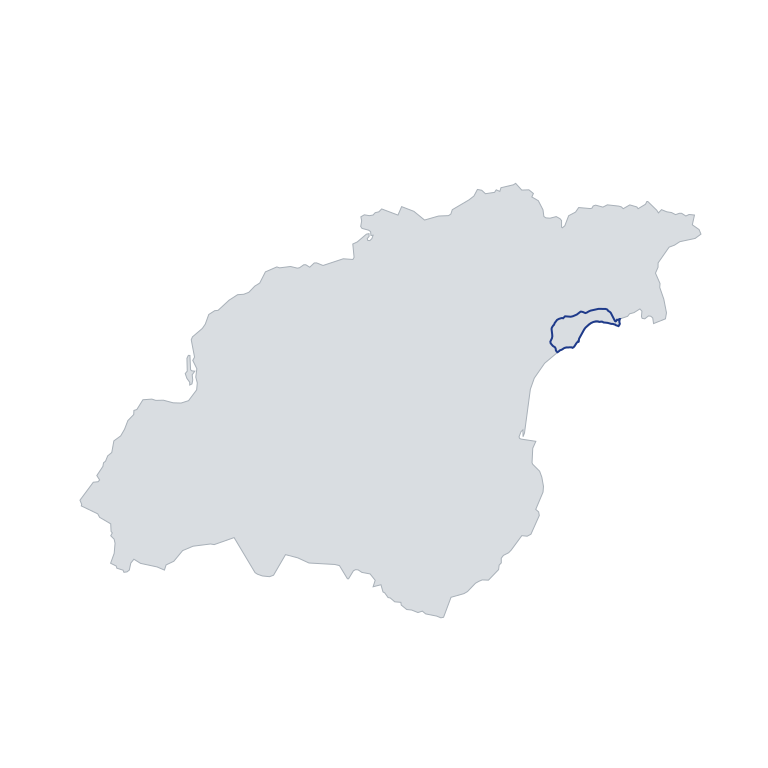 location of Gilan within Iran, rotated 111°
{"feature_id": "IRN-3240", "entity_name": "Gilan", "entity_type": "Province", "adm_level": 1, "iso_a3": "IRN", "parent_name": "Iran", "parent_adm1": "", "projection": "robinson", "projection_center": [49.412, 37.503], "detail": "fine", "context": "in_parent", "style": "outline", "palette": "blue", "viewbox_px": 768, "rotation_deg": 111, "n_neighbors": 0, "source": "natural_earth", "source_scale": "10m", "svg_char_len": 5113}
<svg xmlns="http://www.w3.org/2000/svg" viewBox="0 0 768 768"><g transform="rotate(111 384 384)"><path d="M383.1,221.7L390.7,222.1L404.4,217.6L405.6,216.5L409.7,207.4L414.4,203.3L422.5,198.4L427.9,196.8L446.7,197.4L448.0,193.8L451.1,191.9L471.6,193.0L474.8,195.8L476.2,201.0L493.4,205.7L496.9,207.2L501.2,211.1L504.6,212.1L509.0,210.4L511.8,211.6L516.2,210.5L529.7,216.2L531.7,222.1L534.2,224.7L537.2,227.2L547.9,231.7L551.1,234.3L559.1,245.0L580.4,244.8L581.9,247.1L581.8,251.7L583.7,262.7L582.3,266.8L585.2,270.4L585.1,277.2L586.4,282.0L584.2,288.7L581.8,290.0L583.5,295.9L581.5,301.5L581.9,303.7L578.7,308.5L578.5,310.4L572.5,314.9L577.2,321.5L570.4,321.9L566.3,328.9L567.8,337.2L566.8,341.5L567.5,344.0L569.3,345.6L578.6,347.3L578.9,348.4L569.5,360.5L570.1,365.2L578.0,389.9L577.2,402.2L578.6,414.8L602.1,418.6L604.9,421.8L606.8,428.8L606.9,434.1L606.3,436.8L581.1,468.9L594.8,485.0L595.5,488.6L603.9,504.2L611.7,512.3L624.8,516.7L631.0,522.6L636.4,522.3L636.1,530.3L638.7,547.0L637.2,554.7L641.9,556.2L649.0,555.1L651.5,556.6L653.0,559.3L651.3,560.9L651.7,567.4L649.9,568.8L649.3,575.0L638.8,575.2L629.1,578.0L625.6,580.3L623.6,584.7L620.4,584.3L619.4,586.0L612.5,589.0L610.4,601.7L607.8,604.7L606.3,622.9L604.7,623.1L601.4,626.2L579.9,620.2L577.7,615.9L575.5,615.1L572.4,619.3L561.7,616.9L558.1,617.6L555.8,616.3L550.1,616.2L545.5,613.6L533.9,615.8L526.8,611.2L519.2,610.0L509.9,610.0L502.2,606.7L498.3,608.0L496.4,605.6L485.1,603.4L481.3,595.3L481.1,591.2L478.2,584.2L477.1,574.0L474.5,566.6L469.6,560.5L456.6,556.8L449.9,558.7L445.0,562.2L436.8,564.2L430.5,571.0L426.8,570.5L411.8,579.8L408.6,579.7L397.2,573.5L392.2,572.3L381.9,572.5L376.2,568.3L374.7,565.3L361.3,558.7L353.1,552.7L350.5,547.1L346.9,543.1L338.9,539.7L334.3,536.2L321.8,534.9L313.1,526.0L313.0,523.1L307.8,513.4L306.9,506.4L305.7,504.5L301.4,501.6L300.7,499.7L301.6,495.2L296.0,492.5L295.1,490.3L295.2,483.4L281.7,466.9L278.9,457.7L276.5,457.3L264.5,463.3L261.0,459.9L250.4,454.1L249.0,451.9L251.6,450.8L254.2,451.8L255.8,450.6L255.2,448.6L252.6,447.4L249.0,447.5L250.0,449.4L246.6,451.1L245.9,453.4L246.6,460.3L245.3,462.2L239.7,463.3L236.2,465.5L233.1,463.0L232.1,458.0L230.2,454.8L227.2,453.6L225.1,450.5L221.4,448.9L221.3,431.5L212.1,431.1L212.1,418.0L216.4,404.9L207.6,393.2L203.7,384.1L201.4,382.5L196.8,382.7L181.6,370.6L176.3,367.4L168.9,366.5L168.1,362.2L170.0,357.5L166.5,351.3L165.5,349.5L162.5,348.8L162.7,344.9L158.8,345.1L151.6,334.5L149.5,333.0L153.6,324.9L150.8,318.3L152.6,312.8L156.4,313.0L157.6,305.6L164.4,298.0L170.3,294.8L170.9,292.5L169.7,288.4L166.0,283.2L166.6,278.9L167.8,276.8L174.0,274.4L174.3,273.5L171.5,271.9L160.7,271.9L154.9,266.8L149.5,265.5L146.3,254.3L145.4,252.9L142.8,252.5L141.2,250.5L140.4,243.0L136.7,239.7L133.8,228.6L133.6,225.9L134.6,223.5L128.7,218.7L128.1,211.4L129.3,209.6L122.5,204.3L119.4,204.0L119.1,203.1L124.0,191.7L125.9,189.1L121.8,187.4L121.9,181.7L120.9,177.0L121.4,172.5L118.7,169.3L118.0,167.3L119.0,162.4L116.4,159.9L115.0,154.7L124.9,153.2L126.9,145.2L130.5,141.8L136.6,145.7L145.1,158.8L150.3,162.6L154.1,166.9L172.7,171.5L176.8,170.0L183.2,170.3L191.3,162.3L195.0,161.2L204.5,153.2L216.3,145.8L222.3,144.6L231.0,154.0L226.0,156.8L225.1,159.2L225.7,161.5L229.7,163.9L230.2,166.5L228.8,167.8L223.6,169.3L222.2,172.0L227.8,176.2L230.5,179.9L233.5,180.8L238.2,186.5L245.7,185.7L247.2,199.6L251.4,211.1L259.4,215.9L280.0,219.6L282.3,221.9L285.7,228.1L291.0,232.6L307.1,241.5L324.7,245.8L336.4,245.5L379.3,235.3L383.4,235.3L377.0,237.9L379.4,239.0L384.9,239.0L386.2,238.0L386.3,236.3L383.1,221.7ZM452.0,566.0L449.4,570.0L445.5,573.3L442.5,572.3L430.6,577.2L427.4,576.9L426.9,575.4L440.0,569.7L440.6,568.2L439.8,565.2L444.1,566.4L448.8,564.0L452.7,563.3L454.6,565.0L452.0,566.0Z" fill="#d9dde1" stroke="#a8b0b8" stroke-width="1"/><path d="M238.8,187.1L240.0,187.2L240.7,187.0L241.4,186.7L242.1,186.3L242.7,185.8L243.3,185.4L244.1,185.4L245.9,185.8L246.0,188.7L245.6,189.7L245.8,190.4L245.9,192.1L246.4,193.3L246.8,197.3L247.9,201.2L247.7,201.8L247.6,202.6L247.8,203.3L248.0,203.8L248.9,205.3L248.9,205.6L248.8,205.9L248.8,206.2L249.1,207.5L249.6,208.7L251.0,210.7L252.8,212.5L254.8,213.9L259.2,216.1L261.3,216.7L271.7,218.1L272.9,217.9L273.8,217.6L274.7,217.4L275.6,217.9L275.4,217.9L275.1,217.9L274.9,217.8L274.7,218.1L277.0,219.0L280.5,219.7L281.8,220.2L282.7,221.0L282.6,222.2L282.8,222.7L283.2,223.8L283.4,224.3L283.8,224.9L284.4,226.7L285.3,228.0L286.2,228.9L288.2,230.3L289.6,231.9L290.0,232.1L290.5,232.3L292.2,233.4L292.2,233.5L291.9,234.4L291.0,235.6L289.6,236.3L288.5,237.4L287.9,240.1L286.3,243.0L284.8,243.9L281.1,243.6L278.9,244.0L278.3,244.4L277.7,244.6L272.6,247.3L271.2,247.5L268.7,247.0L268.1,246.6L267.3,246.5L265.9,246.5L262.1,245.4L260.4,243.9L258.9,242.0L258.5,241.0L258.5,240.4L255.9,239.2L254.3,233.8L253.1,232.0L250.1,228.9L246.0,226.4L245.7,225.6L245.5,223.8L245.6,222.4L245.6,221.4L244.7,220.3L243.0,219.0L241.5,217.5L237.0,210.7L234.5,204.0L234.5,202.2L235.4,200.9L235.7,199.2L236.2,197.9L242.4,191.0L242.6,190.4L242.2,189.9L241.2,189.7L240.5,189.5L240.4,188.8L239.8,188.1L238.9,187.4L238.8,187.1Z" fill="none" stroke="#1e3a8a" stroke-width="2"/></g></svg>